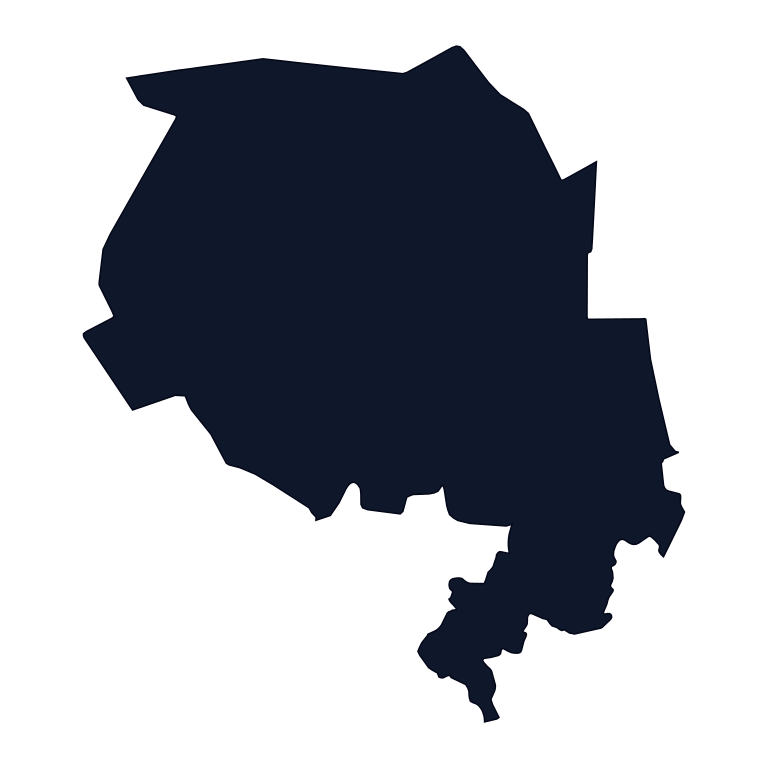 the Region of Navoi
{"feature_id": "UZB-357", "entity_name": "Navoi", "entity_type": "Region", "adm_level": 1, "iso_a3": "UZB", "parent_name": "Uzbekistan", "parent_adm1": "", "projection": "orthographic", "projection_center": [65.132, 41.594], "detail": "fine", "context": "isolated", "style": "filled", "palette": "ink", "viewbox_px": 768, "rotation_deg": 0, "n_neighbors": 0, "source": "natural_earth", "source_scale": "10m", "svg_char_len": 5084}
<svg xmlns="http://www.w3.org/2000/svg" viewBox="0 0 768 768"><path d="M456.2,46.1L458.1,46.4L459.9,46.7L461.8,48.4L463.8,50.1L476.1,66.3L488.5,82.5L494.2,88.5L500.0,94.6L511.9,102.1L523.8,109.5L526.1,111.5L528.4,113.5L538.3,133.8L544.6,146.8L553.5,164.6L561.0,180.0L562.1,180.1L563.1,180.2L579.8,171.0L596.4,161.7L594.4,201.1L592.3,240.6L592.0,244.8L591.8,248.9L591.2,250.3L590.7,251.7L589.3,252.2L587.9,252.8L587.6,253.9L587.2,255.0L587.2,259.8L587.1,285.9L587.0,316.8L587.2,317.7L587.3,318.6L587.8,319.0L588.3,319.3L602.5,319.2L615.5,319.1L628.3,319.0L642.6,318.9L643.0,318.8L643.5,318.7L643.9,318.7L644.4,318.7L644.8,318.8L645.2,318.9L645.5,319.1L645.8,319.2L648.1,339.3L650.5,359.3L654.6,378.8L658.7,398.4L664.2,421.7L669.7,444.9L672.5,448.2L675.2,451.4L678.2,452.1L678.2,452.6L663.6,458.9L662.7,461.4L661.2,463.3L663.6,485.4L663.9,486.3L664.2,487.0L664.9,488.4L665.9,489.6L666.6,490.1L668.3,491.0L679.2,493.8L679.9,494.3L680.3,494.9L680.6,495.6L680.6,496.7L680.6,498.3L680.4,501.2L680.4,503.8L680.6,504.6L681.8,507.3L684.5,512.0L681.3,520.5L663.5,556.8L661.1,554.5L659.7,552.7L659.3,552.0L659.0,551.3L658.9,550.8L658.9,550.0L659.5,547.5L659.6,546.0L659.4,545.3L659.1,544.7L654.9,540.0L651.5,537.0L650.1,536.3L649.0,536.2L647.9,536.7L639.3,542.7L636.5,544.1L634.1,544.4L632.1,544.2L630.0,543.4L627.8,542.1L625.3,540.3L623.5,539.5L621.8,539.3L620.2,539.8L618.7,541.0L617.3,542.6L616.2,544.4L615.3,546.4L613.8,550.8L613.5,553.3L613.5,555.9L614.6,558.6L615.4,560.0L616.0,561.2L615.9,562.5L615.0,564.3L614.1,565.1L611.8,566.3L611.2,567.3L611.2,568.5L612.5,572.2L613.0,577.9L612.2,581.3L610.6,584.9L610.5,585.9L610.8,587.1L611.2,587.9L613.1,589.5L613.0,591.0L612.4,592.1L609.4,596.5L608.4,598.5L607.7,600.6L606.8,604.2L603.7,611.6L603.5,612.9L603.7,613.7L604.2,614.0L605.1,614.1L607.4,613.6L608.5,613.6L609.7,613.7L610.5,614.2L611.3,615.1L611.6,616.1L611.6,617.4L611.0,618.7L609.9,620.0L602.2,627.4L600.8,628.1L574.7,634.0L569.5,633.0L564.2,629.7L561.7,630.5L559.3,629.3L557.0,627.5L552.0,625.8L550.1,623.8L547.0,619.4L545.7,619.2L545.3,619.0L542.9,618.5L531.8,613.6L530.1,613.5L529.3,613.9L528.6,614.7L527.8,616.2L527.5,617.2L527.4,618.1L527.4,620.0L527.2,623.2L527.1,624.0L526.8,624.8L526.6,625.3L526.2,626.0L523.1,630.7L523.0,631.8L523.4,632.3L524.3,632.4L525.1,632.7L525.8,633.1L526.3,633.7L526.4,634.4L526.3,635.3L525.9,636.6L524.0,640.8L523.7,641.7L521.6,649.9L520.8,651.8L519.8,652.6L518.2,653.1L514.7,653.1L511.3,652.6L507.7,651.0L503.6,648.7L502.7,648.6L501.9,649.0L501.3,650.1L501.0,651.0L500.5,653.8L499.5,654.7L498.6,655.4L491.3,657.3L485.2,658.2L484.1,658.4L483.4,658.9L482.8,659.5L482.6,660.2L483.5,662.2L487.2,666.4L489.6,668.5L490.5,669.5L491.5,671.0L495.2,684.4L495.4,685.6L495.3,687.9L495.0,689.4L494.7,690.7L491.1,698.8L491.0,699.8L492.5,704.5L499.0,717.5L496.7,719.0L484.6,721.9L484.3,717.5L484.1,716.4L482.9,712.2L482.1,710.4L481.6,709.5L479.7,706.8L477.5,704.6L475.6,703.6L472.7,702.5L470.4,701.2L469.4,697.9L469.0,694.4L469.0,691.8L468.0,688.3L465.7,684.5L451.2,677.6L450.1,675.8L448.2,675.4L442.9,677.9L440.6,677.7L438.9,676.9L438.4,675.5L437.8,674.1L437.7,673.1L431.9,669.9L428.6,667.6L419.8,655.3L417.9,651.3L419.6,647.3L421.7,642.9L425.6,637.9L426.1,637.3L427.0,636.3L428.0,634.2L435.4,630.8L437.6,629.3L439.8,627.2L441.5,624.9L447.3,613.1L449.1,611.6L450.2,611.6L451.1,610.9L451.9,610.4L452.7,610.2L456.3,609.7L456.5,609.2L456.0,608.1L454.1,605.8L450.6,602.1L449.2,599.9L449.0,599.2L449.1,598.9L449.7,598.7L450.8,597.6L452.8,591.7L449.8,588.6L449.1,585.5L449.2,584.1L449.4,582.6L449.7,581.2L450.9,579.8L452.9,578.7L457.1,578.0L459.8,578.0L462.1,578.6L464.6,580.8L467.2,582.5L469.9,583.4L484.1,583.6L485.4,580.9L488.2,572.2L490.4,570.1L493.0,567.0L496.3,556.9L496.5,554.9L497.8,552.9L498.8,552.1L499.9,551.7L501.1,551.8L507.4,553.1L509.0,553.2L509.1,551.4L508.7,549.5L508.4,546.3L508.3,542.4L508.6,538.2L509.2,534.1L512.0,524.3L506.2,526.0L469.7,523.4L457.9,520.5L453.7,518.1L449.6,514.6L447.9,509.9L446.8,505.7L444.3,489.7L443.3,486.0L441.8,485.8L438.0,491.2L434.1,492.9L428.9,493.9L413.0,494.5L408.9,496.1L406.7,497.3L402.9,511.4L400.2,513.9L367.7,509.7L362.6,507.8L361.0,504.4L360.9,493.9L360.3,488.5L357.9,484.8L355.6,482.8L353.4,482.2L350.9,483.0L348.6,484.9L346.4,488.0L339.0,502.8L330.3,515.5L315.9,520.3L316.1,517.2L311.8,512.7L309.1,507.8L273.4,484.9L255.2,474.1L239.6,467.6L229.1,464.9L226.3,463.2L210.9,434.2L191.5,410.0L188.7,404.7L185.2,395.8L175.2,395.3L132.6,410.0L84.3,338.0L83.5,335.8L83.5,333.7L86.2,331.6L112.0,318.2L113.5,316.8L114.0,315.9L111.9,310.9L99.4,285.6L99.1,284.1L99.2,282.2L103.1,249.3L110.1,234.5L142.1,178.0L175.6,119.3L176.3,117.5L176.4,115.9L174.6,114.9L143.7,105.2L138.1,99.6L126.6,78.1L136.2,76.7L140.2,76.0L144.3,75.4L148.4,74.8L152.5,74.2L159.0,73.2L165.5,72.2L172.1,71.2L178.6,70.2L189.1,68.9L199.7,67.4L210.2,66.0L220.8,64.6L231.3,63.2L241.8,61.7L252.3,60.3L262.9,58.8L280.3,60.7L297.8,62.7L315.3,64.6L332.8,66.5L348.7,68.2L364.6,69.8L380.5,71.4L396.4,73.0L402.8,73.7L404.8,73.1L406.8,72.5L418.4,66.2L429.5,60.1L440.9,53.8L452.1,47.6L454.2,46.9L456.2,46.1Z" fill="#0f172a" stroke="#020617" stroke-width="1.5"/></svg>